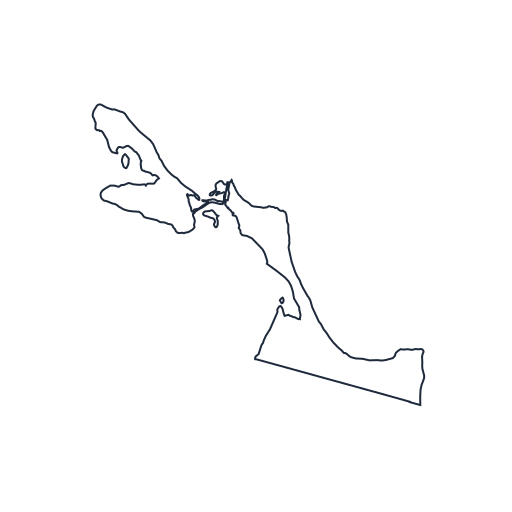 Queenscliffe, Australia, rotated 251°
{"feature_id": "25037944B23801424172448", "entity_name": "Queenscliffe", "entity_type": "district", "adm_level": 2, "iso_a3": "AUS", "parent_name": "Australia", "parent_adm1": "", "projection": "robinson", "projection_center": [144.661, -38.265], "detail": "fine", "context": "isolated", "style": "outline", "palette": "slate", "viewbox_px": 512, "rotation_deg": 251, "n_neighbors": 0, "source": "geoboundaries", "source_scale": "gbopen_adm2", "svg_char_len": 6157}
<svg xmlns="http://www.w3.org/2000/svg" viewBox="0 0 512 512"><g transform="rotate(251 256 256)"><path d="M61.6,362.8L69.9,365.6L75.9,368.0L80.2,370.6L85.0,374.6L86.3,375.4L88.3,376.1L95.2,376.6L98.2,377.4L100.3,378.3L106.9,380.3L108.9,381.5L110.8,383.2L112.0,383.4L113.4,382.9L114.4,381.6L114.9,379.2L116.2,376.3L116.3,374.0L116.7,372.5L118.5,369.0L119.4,365.2L120.8,362.4L120.0,359.3L119.0,357.0L118.4,356.2L116.4,354.9L114.9,352.2L115.4,344.9L115.8,342.5L116.5,340.1L118.0,337.0L120.4,329.3L124.0,323.5L126.7,316.9L129.3,313.0L130.8,311.7L133.6,310.1L135.3,308.7L135.6,307.6L136.1,307.3L138.5,306.4L142.9,303.8L149.2,300.9L155.1,298.9L160.1,297.7L164.7,296.1L170.7,295.2L173.4,294.1L189.0,292.5L196.6,292.9L199.7,292.3L201.5,291.7L211.0,289.9L215.8,289.4L217.2,289.5L219.9,289.3L223.6,288.3L228.5,287.8L238.9,287.8L252.3,289.4L254.0,289.8L257.2,291.8L259.8,292.4L262.0,293.3L264.7,293.9L267.4,294.1L275.1,296.7L278.4,296.5L283.0,297.7L285.6,298.1L287.9,297.9L289.3,296.7L290.1,296.3L290.3,294.8L291.1,293.6L292.1,292.8L294.5,291.7L294.9,291.1L295.1,289.8L296.4,288.8L297.8,286.0L298.6,285.1L298.9,284.1L298.4,281.8L298.9,280.5L299.0,279.0L300.5,276.5L303.6,269.9L304.8,268.4L305.6,267.8L308.0,266.7L310.0,265.3L312.8,262.8L315.0,261.7L317.9,260.6L319.5,259.6L325.5,258.4L328.1,258.4L329.4,258.0L331.7,258.0L333.6,257.3L334.7,257.8L335.8,257.7L333.8,254.8L327.4,251.2L323.9,251.1L321.2,249.2L320.9,249.3L317.9,247.4L318.7,246.0L314.7,243.6L310.5,245.0L310.6,245.5L309.0,245.8L306.8,247.1L305.1,247.4L304.7,247.7L304.4,248.5L304.1,248.7L303.7,248.7L303.0,247.5L302.2,247.3L301.8,247.5L300.8,249.5L299.7,250.1L298.1,250.3L292.8,250.1L290.4,250.2L289.6,249.9L288.2,248.8L285.3,249.5L282.8,248.9L281.3,249.3L280.3,249.8L279.8,250.5L277.9,254.0L273.9,258.0L272.3,258.7L261.9,263.6L259.6,264.5L255.5,265.1L248.3,265.0L246.5,264.7L245.2,263.7L235.3,270.6L226.3,276.4L221.2,278.6L216.7,279.4L212.9,279.4L209.2,279.1L203.5,278.1L193.7,280.1L190.7,279.4L186.4,279.0L185.2,278.7L183.2,277.4L182.0,277.0L182.4,276.4L182.5,275.5L185.4,272.8L186.2,271.2L187.8,269.7L188.5,268.5L189.8,267.6L190.1,263.6L192.8,263.5L197.6,263.9L199.2,263.6L200.7,262.9L200.7,261.5L198.9,259.1L198.0,258.5L196.7,258.3L195.7,257.8L182.2,245.4L177.3,239.3L173.7,235.9L171.6,234.4L170.0,232.2L162.4,226.5L161.0,222.8L159.6,221.8L158.7,221.6L157.9,223.2L82.3,333.5L68.1,354.0L67.8,353.8L61.6,362.8ZM317.8,243.4L320.2,245.1L329.7,250.2L334.5,253.4L334.9,253.5L335.1,253.1L333.4,251.6L333.3,251.2L333.5,250.2L334.4,249.2L337.6,248.2L338.2,247.5L338.6,246.3L337.6,242.6L336.8,241.2L335.1,240.4L332.7,240.3L332.0,239.9L331.6,239.5L330.8,237.6L330.3,233.6L329.8,232.8L328.9,232.1L328.5,232.2L327.9,232.8L327.7,234.2L328.1,235.4L329.6,237.6L330.0,239.1L328.6,241.9L328.0,241.2L327.9,239.6L327.3,238.5L326.7,238.1L326.4,238.3L327.1,240.6L327.0,242.1L326.6,243.6L326.8,246.4L326.6,246.8L325.9,247.1L324.8,246.7L323.4,245.4L319.1,243.8L318.2,243.0L318.3,241.8L320.0,239.0L320.3,237.6L322.5,235.8L323.6,233.8L323.9,233.1L323.9,231.7L324.4,229.8L324.5,227.2L326.2,223.5L325.9,223.3L325.5,223.4L324.8,224.1L323.5,227.7L322.9,228.4L322.5,228.3L320.9,221.8L319.4,217.3L320.0,213.0L319.8,212.2L318.6,211.1L318.5,210.6L318.9,209.9L320.6,209.7L322.2,210.2L323.7,210.2L326.0,209.9L327.2,210.2L329.6,210.1L331.4,210.8L335.8,210.5L336.6,210.8L336.8,211.3L334.8,212.7L334.9,214.0L334.6,214.9L333.9,215.5L333.6,217.1L332.9,217.6L330.6,218.3L327.6,220.2L327.6,220.6L328.8,221.2L330.3,221.2L332.2,220.5L334.9,218.7L338.5,216.7L344.9,211.7L349.5,208.9L355.2,206.7L357.7,204.5L360.4,202.7L365.5,200.2L371.1,198.4L376.7,197.7L379.8,196.5L383.3,196.6L386.3,195.9L395.1,195.2L399.5,193.8L410.5,187.1L412.8,185.9L426.3,180.3L433.0,178.5L434.3,177.7L435.5,176.7L436.6,174.9L440.7,170.0L441.3,167.8L444.3,163.8L445.8,162.2L449.4,159.0L450.2,157.6L450.4,155.9L449.9,154.5L446.0,149.7L442.8,147.6L441.4,147.2L439.9,147.2L438.6,147.6L436.1,147.5L434.1,147.8L429.1,145.7L428.1,145.8L426.9,146.5L426.0,148.6L425.1,148.9L424.7,150.4L423.0,151.3L414.3,153.1L406.9,152.5L402.8,153.1L401.0,153.9L398.4,157.7L398.2,158.3L398.6,158.6L400.0,158.4L401.1,158.5L402.4,159.6L403.6,161.3L403.6,162.1L403.3,163.0L401.6,165.5L402.1,169.6L401.7,171.0L401.3,171.4L398.0,173.7L394.4,175.3L393.1,176.6L389.3,177.9L384.5,178.2L383.3,178.6L383.0,178.1L379.8,176.6L378.2,176.5L377.4,176.1L374.5,176.1L373.1,177.4L372.9,178.1L371.9,178.7L371.5,179.6L369.0,183.1L365.9,184.5L365.8,186.1L364.6,187.8L363.2,188.7L361.0,189.5L360.2,186.9L358.0,183.8L357.7,182.9L359.4,178.0L359.6,176.7L359.0,175.3L358.5,174.8L359.5,174.4L360.1,173.8L361.1,169.4L361.7,167.8L363.8,163.2L365.9,160.4L366.5,159.1L366.2,154.6L366.9,151.5L366.2,149.4L366.3,148.4L368.7,145.0L370.0,141.1L369.0,135.9L368.1,132.8L367.7,131.9L366.3,129.9L364.6,129.0L362.9,128.6L360.6,128.8L358.1,130.1L356.0,133.3L352.5,137.2L350.8,139.9L349.5,141.1L346.7,142.8L346.0,143.7L344.0,145.2L342.5,146.9L340.3,150.0L338.4,153.8L335.9,159.8L333.1,161.8L329.6,162.8L328.4,163.9L322.1,174.0L319.2,176.4L317.9,179.6L316.8,181.4L315.0,183.2L313.6,185.9L312.8,186.5L311.7,187.0L309.7,187.2L307.7,188.2L305.5,188.3L303.5,189.4L302.7,190.7L302.0,193.8L301.0,195.3L301.1,196.9L300.7,199.0L300.7,200.5L301.6,204.5L302.8,206.8L303.5,207.3L305.6,207.5L308.1,209.1L309.6,209.7L312.1,209.8L314.5,209.6L316.3,210.0L316.6,210.7L316.5,211.5L317.6,212.8L318.1,214.3L319.0,218.1L319.3,220.8L321.2,227.7L321.6,230.3L320.9,232.3L320.0,234.2L317.3,238.1L316.4,239.9L316.1,241.2L316.3,242.0L317.8,243.4ZM313.7,226.6L314.7,222.4L314.7,221.6L313.9,220.2L312.9,219.6L311.8,219.8L311.2,220.3L308.6,223.8L307.2,225.2L305.7,227.5L305.1,228.0L303.7,228.5L302.2,228.5L301.4,228.2L299.9,226.7L298.8,226.4L296.8,226.8L296.2,227.4L296.2,227.9L296.7,228.9L298.7,230.3L299.9,230.6L301.2,231.2L304.5,231.3L305.3,231.6L306.2,233.4L307.5,232.0L312.2,230.3L313.5,229.4L313.7,228.6L313.7,226.6ZM384.9,165.5L389.5,167.4L394.1,165.9L395.0,165.2L393.6,162.6L390.8,160.7L389.0,160.0L383.8,159.9L382.6,160.4L381.6,161.3L381.3,162.0L382.9,163.9L384.9,165.5ZM203.8,266.9L204.9,267.6L205.9,267.8L207.2,267.9L208.0,267.5L207.5,265.9L206.4,264.1L203.9,264.5L202.9,265.0L203.0,265.8L203.8,266.9Z" fill="none" stroke="#1e293b" stroke-width="2"/></g></svg>